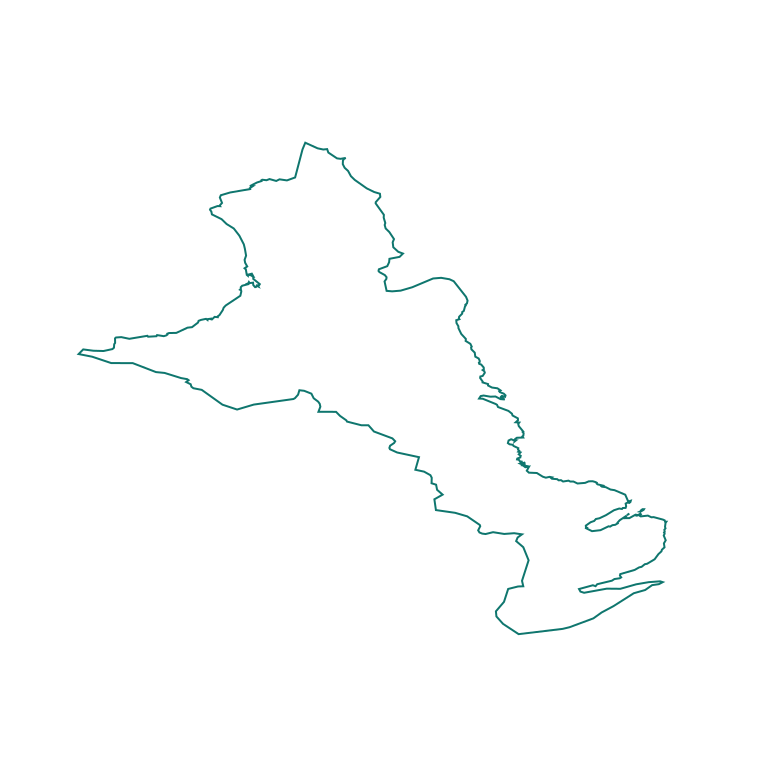 the district of Strandabyggð, Vestfirðir, Iceland, rotated 9°
{"feature_id": "244011B90835463390859", "entity_name": "Strandabyggð", "entity_type": "district", "adm_level": 2, "iso_a3": "ISL", "parent_name": "Iceland", "parent_adm1": "Vestfirðir", "projection": "robinson", "projection_center": [-21.814, 65.764], "detail": "fine", "context": "isolated", "style": "outline", "palette": "teal", "viewbox_px": 768, "rotation_deg": 9, "n_neighbors": 0, "source": "geoboundaries", "source_scale": "gbopen_adm2", "svg_char_len": 6163}
<svg xmlns="http://www.w3.org/2000/svg" viewBox="0 0 768 768"><g transform="rotate(9 384 384)"><path d="M605.3,595.2L627.5,582.7L634.7,575.6L645.4,567.5L663.4,551.6L674.2,546.6L680.3,540.7L686.8,538.7L690.3,536.1L687.6,535.7L676.5,538.3L664.4,542.4L649.5,549.3L636.0,551.3L614.3,558.9L610.5,558.3L608.7,556.0L621.8,550.1L624.6,550.6L625.9,548.4L639.9,542.6L642.1,540.6L647.2,539.0L648.5,537.9L647.0,536.3L647.1,534.8L660.7,528.4L664.7,525.2L667.0,524.3L669.8,521.2L672.0,520.4L678.7,514.8L681.7,509.0L684.2,505.9L684.4,504.2L686.6,501.4L685.4,497.6L686.7,494.3L684.0,489.9L684.6,488.0L683.8,486.8L684.4,486.1L683.7,484.1L684.6,482.6L683.9,481.1L683.8,477.2L684.4,475.9L683.2,476.1L682.6,474.8L680.8,474.3L671.2,473.3L668.9,473.8L665.2,472.7L658.3,474.6L656.8,474.0L658.1,472.5L657.5,472.0L654.4,474.5L653.2,474.4L653.8,473.7L652.9,473.7L647.3,478.1L642.5,478.9L644.3,476.0L638.1,481.7L636.3,484.5L636.7,485.0L634.4,486.9L631.7,487.7L629.6,489.5L628.1,489.4L620.7,494.5L612.5,496.8L606.3,494.9L606.8,494.2L605.9,494.1L605.5,492.3L609.7,488.2L613.0,486.4L614.4,484.2L617.8,482.9L623.8,478.8L630.9,472.7L635.8,470.2L638.6,470.2L639.3,469.1L642.0,468.6L642.3,466.9L641.4,464.3L643.2,462.9L644.8,463.1L645.8,462.1L646.0,460.7L644.5,461.5L643.1,461.1L639.6,455.6L628.3,452.8L624.2,452.8L619.2,451.2L615.3,451.3L614.9,451.1L616.1,450.1L610.6,449.7L609.6,449.0L609.7,448.3L608.4,447.8L605.3,447.4L601.5,448.1L598.1,450.2L590.7,452.0L586.4,450.7L583.2,451.2L581.4,450.6L576.1,452.3L573.9,451.3L571.5,451.8L570.0,450.9L564.7,451.3L563.7,450.7L564.5,449.9L562.1,449.8L558.5,451.2L555.3,450.7L548.9,448.0L541.0,448.9L538.6,447.3L540.2,442.9L536.6,444.1L535.5,443.5L536.7,442.7L533.8,442.7L536.0,440.6L533.4,442.1L535.7,439.4L533.3,440.5L533.1,441.9L530.8,441.3L532.6,440.3L532.2,439.1L530.4,439.2L529.0,437.7L527.2,437.7L527.3,436.8L530.8,434.8L529.9,434.9L530.3,433.6L528.1,432.4L529.5,430.2L527.3,429.9L528.1,428.9L526.6,427.8L526.7,426.4L521.6,424.9L520.7,423.9L517.4,423.9L515.6,423.0L515.9,420.3L518.2,418.7L522.2,419.5L522.1,420.2L523.2,419.0L521.6,419.2L522.2,417.7L523.7,416.3L529.8,415.1L528.9,414.1L529.7,413.2L529.6,410.7L528.5,409.8L529.0,409.2L523.7,404.5L522.8,402.4L523.6,400.9L520.1,401.2L522.0,398.8L521.6,397.0L515.9,395.0L515.0,393.3L511.1,391.1L500.2,388.9L498.9,386.9L497.5,386.3L483.8,383.1L480.2,383.5L481.4,380.8L484.2,379.8L491.0,379.9L496.1,378.9L501.4,380.7L505.7,380.4L501.6,379.2L501.4,378.5L502.3,377.3L505.6,377.7L505.8,376.2L503.8,374.8L499.7,373.9L498.9,373.1L500.1,372.1L496.7,370.5L491.2,370.6L487.0,369.2L486.8,367.8L481.1,367.0L481.1,366.2L478.0,363.0L478.0,361.5L480.2,360.6L481.8,357.1L481.1,355.7L479.3,354.8L480.3,353.9L479.9,352.1L477.0,349.6L474.9,349.2L474.4,348.1L475.1,347.2L474.9,346.1L473.5,344.0L469.9,342.7L468.7,338.8L464.9,336.1L464.3,334.2L464.8,333.4L463.0,330.8L457.9,328.7L457.8,326.7L452.5,322.5L448.8,317.2L448.4,315.3L446.1,312.5L445.4,309.7L448.3,308.2L447.7,307.6L447.7,305.8L450.2,302.3L450.0,300.7L451.4,299.3L451.9,294.4L452.5,293.7L452.0,292.9L453.3,291.5L453.5,288.6L451.4,285.1L436.8,271.6L432.3,270.3L423.8,270.2L416.0,272.1L396.8,284.0L385.8,289.2L377.6,291.2L372.0,291.6L368.5,282.6L369.9,279.8L369.8,278.1L367.8,276.3L362.0,274.2L360.9,273.2L361.0,271.5L368.8,267.1L370.0,262.9L369.8,259.5L379.5,256.0L382.3,252.2L377.4,251.2L371.8,247.5L370.4,242.7L371.2,239.3L365.5,233.1L361.3,230.1L359.8,226.8L360.1,224.8L357.7,219.8L357.4,216.9L347.5,206.9L347.4,205.7L351.1,199.8L350.2,196.7L344.2,195.9L336.4,193.5L323.2,187.0L318.8,183.9L315.2,179.2L311.3,176.6L308.9,173.3L308.5,169.8L309.1,168.2L310.8,166.7L305.9,168.4L302.3,168.5L292.8,164.1L291.1,160.9L287.3,161.9L281.5,161.6L268.5,158.0L266.8,165.1L263.9,193.9L256.3,198.1L248.8,198.2L245.8,200.3L238.9,199.5L236.1,201.1L231.8,201.3L231.0,202.0L231.3,202.7L227.1,204.8L220.6,209.5L223.5,209.1L220.9,211.5L221.3,212.4L202.1,218.9L193.3,223.1L192.7,225.5L195.7,230.5L193.8,233.4L194.3,234.0L191.7,234.3L185.2,237.9L184.9,239.1L186.5,240.7L187.5,243.4L197.8,246.6L203.5,250.6L211.3,253.9L217.9,260.1L223.7,268.0L225.4,272.1L227.7,278.8L226.9,283.2L227.9,286.0L230.5,289.3L228.2,291.5L229.6,292.4L231.4,297.7L232.6,298.4L232.4,297.2L235.6,297.5L233.9,296.7L236.2,295.7L237.9,297.9L235.8,297.4L238.3,298.9L238.4,300.6L245.7,304.8L245.2,306.0L243.7,306.3L244.6,307.4L242.9,306.9L242.3,308.3L241.5,308.5L239.4,306.7L238.8,304.4L234.7,305.6L235.1,304.9L234.6,304.4L234.2,305.8L233.0,306.5L233.7,306.9L228.6,309.1L227.4,310.8L227.7,312.5L227.0,313.4L228.2,313.8L228.6,315.0L228.3,319.3L215.4,331.2L213.7,333.7L213.2,336.2L210.7,341.7L209.3,343.1L209.4,344.0L206.2,344.2L203.9,347.2L202.0,347.0L204.0,346.2L199.7,347.5L199.7,348.4L198.0,347.5L193.3,349.3L191.0,350.6L190.7,352.4L185.5,357.9L181.1,359.1L170.9,366.0L163.7,367.3L162.1,368.2L162.4,369.0L161.3,370.1L159.0,371.2L152.2,371.2L151.8,372.4L143.6,374.2L142.8,373.4L125.4,379.2L117.2,378.8L112.0,380.0L111.2,381.0L112.0,385.5L111.3,386.9L111.6,390.4L110.3,392.0L101.8,395.3L91.8,396.6L81.5,396.9L77.7,402.2L91.5,402.7L111.3,406.0L132.6,402.7L156.9,407.9L165.6,407.4L182.7,409.9L188.8,410.0L190.4,410.8L188.3,413.0L193.1,414.5L194.2,416.8L196.4,418.0L204.9,418.3L227.7,429.7L242.9,432.2L258.6,424.7L296.9,413.0L298.3,411.9L300.8,408.0L301.4,403.4L306.2,403.2L313.8,404.9L316.8,409.1L321.7,411.7L323.6,413.6L324.7,416.4L323.6,421.7L341.0,419.0L345.6,422.4L352.5,425.8L353.3,426.9L368.2,428.3L375.1,427.2L381.5,432.5L400.8,436.4L404.0,438.8L403.2,440.7L399.7,444.0L399.3,446.3L400.1,447.5L407.7,449.6L430.0,450.8L428.4,463.8L437.3,464.3L444.1,466.8L445.8,469.1L446.5,474.6L451.2,475.3L453.0,480.2L459.2,484.1L451.8,490.0L455.0,500.4L474.4,500.1L486.9,501.7L500.6,508.2L501.3,509.4L499.9,513.8L501.5,515.7L504.4,516.4L507.8,516.3L514.9,513.3L526.2,513.3L535.9,511.0L543.8,510.9L540.0,514.7L539.1,518.5L547.1,523.4L554.4,535.5L551.1,556.8L553.2,562.0L548.1,563.0L538.7,567.0L536.6,580.4L530.1,591.0L531.4,596.0L539.1,602.3L556.1,610.0L598.8,597.9L605.3,595.2ZM657.3,470.0L660.1,467.7L660.4,467.0L658.9,467.2L657.6,468.6L658.0,469.2L656.8,470.0L657.3,470.0ZM505.1,377.8L503.3,377.7L502.6,378.1L505.1,377.8ZM644.4,475.5L645.7,474.5L646.6,473.6L644.4,475.5Z" fill="none" stroke="#0f766e" stroke-width="2"/></g></svg>